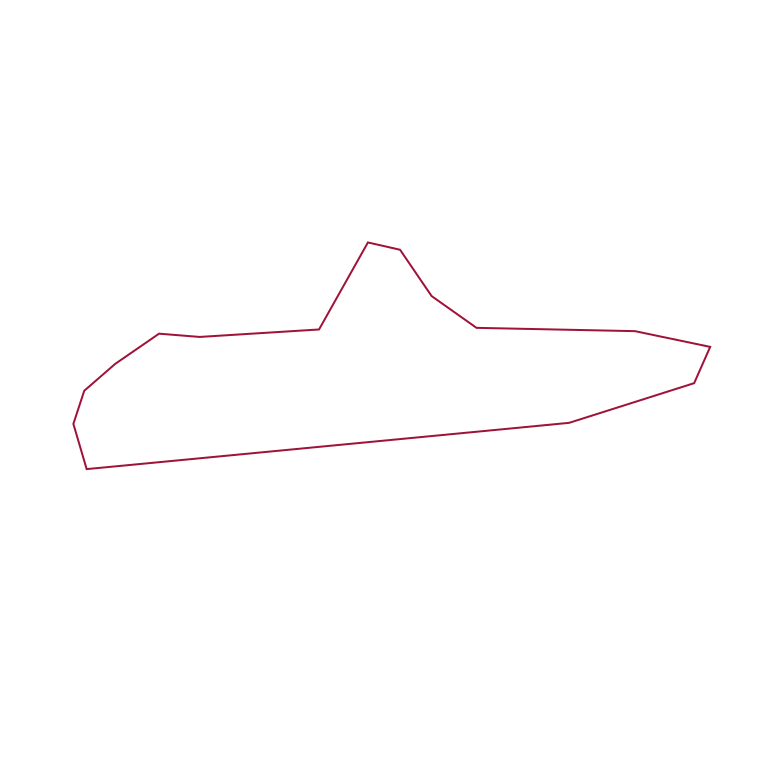 outline of Peleliu, rotated 239°
{"feature_id": "PLW-5258", "entity_name": "Peleliu", "entity_type": "state/province", "adm_level": 1, "iso_a3": "PLW", "parent_name": "Palau", "parent_adm1": "", "projection": "robinson", "projection_center": [134.266, 7.029], "detail": "fine", "context": "isolated", "style": "outline", "palette": "rose", "viewbox_px": 768, "rotation_deg": 239, "n_neighbors": 0, "source": "natural_earth", "source_scale": "10m", "svg_char_len": 355}
<svg xmlns="http://www.w3.org/2000/svg" viewBox="0 0 768 768"><g transform="rotate(239 384 384)"><path d="M464.2,85.3L509.8,97.2L532.6,123.6L539.7,164.0L543.0,217.1L519.3,250.2L464.2,356.4L513.6,443.1L490.8,466.9L434.8,470.1L384.5,492.2L300.0,626.4L247.8,682.7L225.0,650.3L255.4,522.6L464.2,85.3Z" fill="none" stroke="#9f1239" stroke-width="2"/></g></svg>